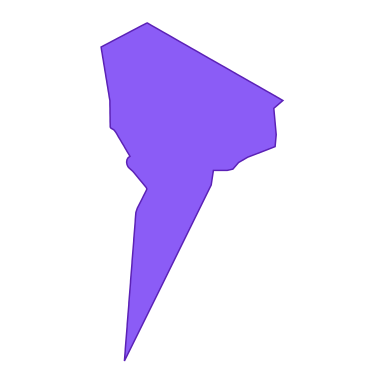 Tibesti, Robinson projection
{"feature_id": "TCD-5578", "entity_name": "Tibesti", "entity_type": "Préfecture", "adm_level": 1, "iso_a3": "TCD", "parent_name": "Chad", "parent_adm1": "", "projection": "robinson", "projection_center": [15.919, 20.285], "detail": "fine", "context": "isolated", "style": "filled", "palette": "violet", "viewbox_px": 384, "rotation_deg": 0, "n_neighbors": 0, "source": "natural_earth", "source_scale": "10m", "svg_char_len": 2388}
<svg xmlns="http://www.w3.org/2000/svg" viewBox="0 0 384 384"><path d="M147.4,23.0L151.6,25.5L157.3,28.7L163.0,32.0L168.7,35.2L174.4,38.5L180.1,41.8L185.8,45.0L191.5,48.3L197.2,51.5L202.9,54.8L208.6,58.1L214.3,61.3L220.1,64.6L225.8,67.8L231.5,71.1L237.2,74.4L242.9,77.6L248.6,80.9L254.3,84.1L260.1,87.4L265.8,90.7L271.5,93.9L277.2,97.2L282.9,100.5L273.8,108.3L275.0,121.5L276.2,134.7L275.1,146.6L264.9,150.6L247.7,157.2L238.6,162.5L232.9,169.1L227.2,170.4L213.4,170.4L211.2,185.0L186.1,236.0L160.8,287.4L124.4,361.0L124.6,358.5L124.8,356.1L125.0,353.6L125.2,351.2L125.3,348.8L125.5,346.3L125.7,343.9L125.9,341.4L126.1,339.0L126.3,336.6L126.5,334.1L126.7,331.7L126.9,329.2L127.1,326.8L127.2,324.4L127.4,321.9L127.6,319.5L127.8,317.1L128.0,314.6L128.0,314.1L128.2,312.2L128.4,309.7L128.6,307.3L128.8,304.9L128.9,302.4L129.1,300.0L129.3,297.5L129.5,295.1L129.7,292.7L129.9,290.2L130.1,287.8L130.3,285.3L130.5,282.9L130.6,280.5L130.8,278.0L131.0,275.6L131.2,273.1L131.4,270.7L131.6,268.3L131.8,265.8L132.0,263.4L132.1,260.9L132.3,258.5L132.5,256.1L132.7,253.6L132.9,251.2L133.1,248.8L133.3,246.3L133.5,243.9L133.7,241.4L133.8,239.0L134.0,236.6L134.2,234.1L134.4,231.7L134.6,229.2L134.8,226.8L135.0,224.4L135.2,221.9L135.3,219.5L135.5,217.0L135.7,214.6L135.9,212.4L137.3,208.2L138.0,206.8L139.9,203.1L141.8,199.4L143.6,195.7L145.5,192.0L146.4,190.2L146.8,189.2L146.7,188.4L146.0,187.2L144.9,185.9L142.2,182.6L139.5,179.4L136.8,176.1L134.1,172.8L132.8,171.3L129.1,168.0L128.2,167.0L127.6,165.9L127.0,164.5L126.6,162.1L127.0,159.6L128.2,157.6L130.0,156.4L129.3,155.1L128.5,153.8L127.7,152.5L126.9,151.2L126.2,149.9L125.4,148.6L124.6,147.2L123.9,145.9L123.1,144.6L122.3,143.3L121.5,142.0L120.8,140.7L120.0,139.4L119.2,138.1L118.4,136.8L117.7,135.5L116.9,134.1L115.8,132.3L114.2,130.2L113.3,129.5L111.1,128.3L110.4,127.5L110.2,126.6L110.2,125.2L110.2,124.2L110.1,121.4L110.1,117.4L110.0,112.9L110.0,108.4L109.9,104.5L109.9,101.7L109.9,100.6L109.5,98.5L109.1,96.2L108.8,93.9L108.2,90.6L107.7,87.2L107.1,83.9L106.6,80.5L106.0,77.2L105.5,73.8L104.9,70.5L104.4,67.1L103.8,63.8L103.3,60.4L102.7,57.1L102.2,53.7L101.6,50.4L101.1,47.0L101.9,46.6L104.5,45.2L107.2,43.8L109.9,42.4L112.5,41.0L115.2,39.6L117.8,38.2L120.5,36.8L123.2,35.4L125.8,34.0L128.5,32.6L131.1,31.2L133.8,29.8L136.5,28.4L139.1,27.0L141.8,25.6L144.4,24.3L146.5,23.2L147.4,23.0Z" fill="#8b5cf6" stroke="#5b21b6" stroke-width="1.5"/></svg>